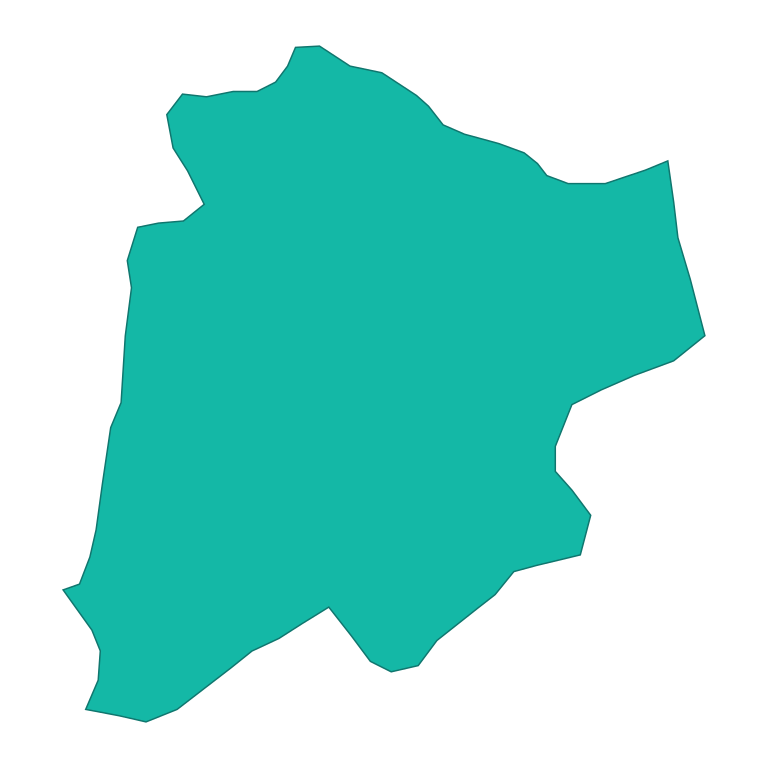 the district of Agkomi Ammochostou, Cyprus
{"feature_id": "46923920B44802407724135", "entity_name": "Agkomi Ammochostou", "entity_type": "district", "adm_level": 2, "iso_a3": "CYP", "parent_name": "Cyprus", "parent_adm1": "", "projection": "orthographic", "projection_center": [33.885, 35.158], "detail": "fine", "context": "isolated", "style": "filled", "palette": "teal", "viewbox_px": 768, "rotation_deg": 0, "n_neighbors": 0, "source": "geoboundaries", "source_scale": "gbopen_adm2", "svg_char_len": 1037}
<svg xmlns="http://www.w3.org/2000/svg" viewBox="0 0 768 768"><path d="M182.5,94.1L166.8,114.6L173.1,148.0L187.6,170.9L204.2,204.3L183.4,221.0L158.5,223.1L137.7,227.3L127.3,260.6L131.5,287.8L125.3,335.8L123.2,369.2L121.1,402.6L110.7,427.6L102.4,483.9L96.1,529.9L89.9,557.0L79.5,584.1L63.1,589.9L91.9,630.1L100.3,650.9L98.2,680.2L85.7,709.4L118.9,715.7L146.0,721.9L177.1,709.4L204.2,688.5L231.2,667.7L252.0,651.0L279.0,638.4L301.8,623.8L328.8,607.1L351.7,636.3L370.4,661.4L391.2,671.8L418.2,665.6L436.9,640.5L476.4,609.2L495.1,594.6L513.8,571.6L536.6,565.4L580.3,554.9L590.7,515.3L572.0,490.2L555.3,471.4L555.3,446.4L571.9,404.6L601.0,390.0L634.3,375.4L673.7,360.8L704.9,335.7L690.3,279.4L677.9,237.7L673.7,202.2L667.8,160.9L645.2,170.2L625.2,176.9L605.3,183.6L568.1,183.6L546.8,175.6L537.5,163.6L524.2,152.9L498.9,143.6L464.4,134.2L443.1,124.9L428.5,106.2L416.5,95.5L381.9,72.8L350.0,66.1L319.5,46.1L295.5,47.4L287.6,66.1L275.6,82.1L257.0,91.5L233.1,91.5L206.5,96.8L182.5,94.1Z" fill="#14b8a6" stroke="#0f766e" stroke-width="1.5"/></svg>